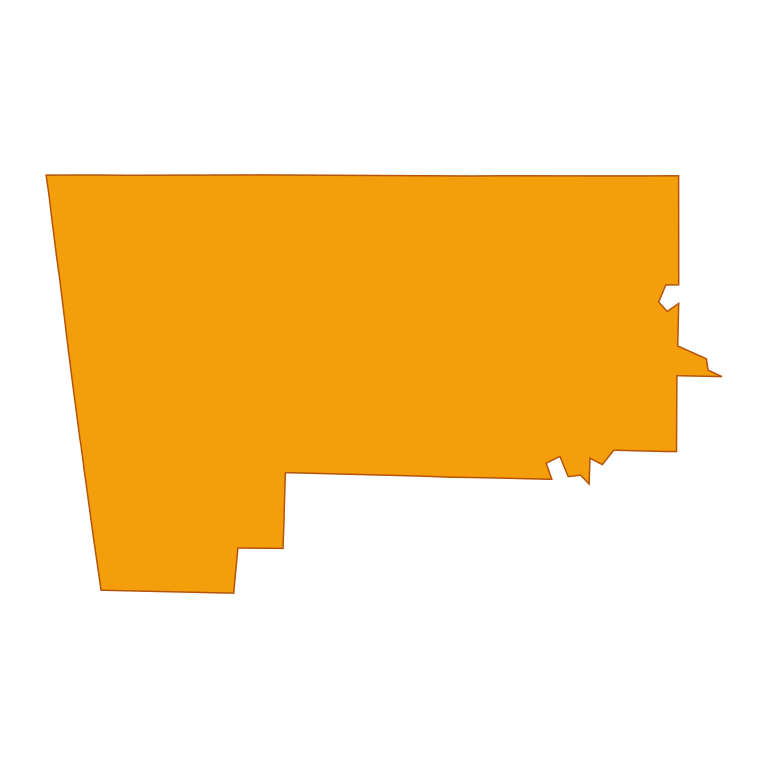 Benton, Arkansas, United States of America (Natural Earth projection)
{"feature_id": "52423323B15242621426255", "entity_name": "Benton", "entity_type": "district", "adm_level": 2, "iso_a3": "USA", "parent_name": "United States of America", "parent_adm1": "Arkansas", "projection": "natural_earth1", "projection_center": [-94.26, 36.3], "detail": "fine", "context": "isolated", "style": "filled", "palette": "amber", "viewbox_px": 768, "rotation_deg": 0, "n_neighbors": 0, "source": "geoboundaries", "source_scale": "gbopen_adm2", "svg_char_len": 1029}
<svg xmlns="http://www.w3.org/2000/svg" viewBox="0 0 768 768"><path d="M46.1,175.1L48.3,190.2L49.5,199.3L51.3,214.7L56.5,256.1L58.9,273.5L59.4,276.8L61.3,292.0L66.6,335.7L68.3,349.5L72.6,383.5L73.8,392.7L79.5,435.7L79.5,436.2L81.1,446.1L81.9,452.8L82.0,453.8L82.5,456.6L84.6,473.6L85.1,476.5L89.0,505.0L89.8,510.5L92.1,527.8L92.2,528.0L93.5,538.0L101.1,590.2L211.9,592.7L233.7,593.1L237.9,548.0L283.0,548.4L284.1,518.6L284.3,507.8L285.4,472.6L304.6,473.1L413.3,475.9L420.1,476.1L450.4,477.2L471.1,477.5L488.0,477.8L551.8,479.3L546.2,463.2L559.9,456.4L568.2,476.6L580.6,475.2L589.1,484.0L590.0,458.2L602.3,464.6L613.8,450.2L661.2,451.4L676.5,451.6L676.9,375.7L721.9,376.6L708.0,370.1L706.4,358.8L677.7,346.0L678.7,303.4L667.2,311.5L658.7,302.0L665.8,285.0L678.7,284.8L678.6,175.8L645.4,175.9L632.2,175.9L600.7,175.9L596.8,175.9L504.6,175.8L501.5,175.8L483.4,175.9L482.0,175.9L473.2,176.0L472.5,176.0L413.6,175.7L339.6,175.3L262.2,174.9L129.0,175.3L95.4,175.0L46.1,175.1Z" fill="#f59e0b" stroke="#b45309" stroke-width="1.5"/></svg>